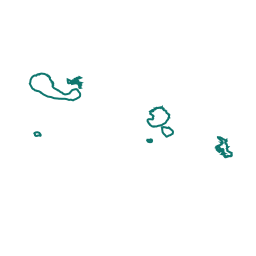 Siau Tagulandang Biaro, Sulawesi Utara, Indonesia (Equal Earth projection), rotated 287°
{"feature_id": "22746128B24839603722983", "entity_name": "Siau Tagulandang Biaro", "entity_type": "district", "adm_level": 2, "iso_a3": "IDN", "parent_name": "Indonesia", "parent_adm1": "Sulawesi Utara", "projection": "equal_earth", "projection_center": [125.379, 2.44], "detail": "fine", "context": "isolated", "style": "outline", "palette": "teal", "viewbox_px": 256, "rotation_deg": 287, "n_neighbors": 0, "source": "geoboundaries", "source_scale": "gbopen_adm2", "svg_char_len": 5923}
<svg xmlns="http://www.w3.org/2000/svg" viewBox="0 0 256 256"><g transform="rotate(287 128 128)"><path d="M147.9,21.2L145.6,20.8L142.4,21.3L141.7,21.1L138.0,24.8L137.5,25.9L137.5,26.6L136.8,28.1L137.0,29.8L136.8,30.1L137.1,31.8L136.8,33.5L136.6,33.7L136.6,34.3L136.1,34.8L136.2,35.1L135.4,37.2L134.6,42.1L135.1,45.4L134.9,48.7L135.7,52.5L135.8,53.4L137.5,59.3L137.7,61.1L137.6,63.4L138.4,65.1L138.4,67.4L139.4,68.3L140.7,70.0L141.9,71.0L143.0,72.2L144.5,72.8L145.9,72.5L146.7,72.2L147.5,71.5L148.6,69.7L149.5,69.0L149.7,68.0L150.1,67.6L149.7,66.3L148.0,63.6L144.9,62.2L144.0,62.0L142.7,60.1L141.7,58.0L141.7,57.0L141.9,55.5L142.5,54.9L142.6,53.1L143.7,50.3L143.5,50.0L143.5,49.6L143.8,49.2L144.5,45.6L145.4,44.0L145.8,43.7L146.4,43.8L146.8,43.5L147.3,43.9L147.9,43.3L148.3,43.4L148.4,42.8L148.8,42.9L149.0,43.3L149.2,43.2L149.3,42.8L149.5,42.8L150.0,42.4L150.0,41.9L149.8,41.8L149.8,41.3L150.8,40.9L151.6,39.3L152.3,39.0L152.8,38.5L153.4,38.6L153.8,37.5L154.3,37.5L154.8,36.3L154.3,35.8L155.1,34.9L154.9,34.7L155.3,32.4L154.7,29.2L153.5,27.1L153.3,27.6L153.0,27.3L153.0,26.4L152.3,25.4L151.4,25.1L151.1,24.8L151.2,23.8L150.3,22.6L149.5,22.1L149.3,21.8L147.9,21.2ZM144.6,149.3L143.5,149.1L143.3,148.8L143.1,147.3L142.4,145.1L141.7,144.5L141.3,144.4L140.0,144.9L139.6,145.6L139.1,145.8L138.8,146.5L138.3,146.7L138.1,147.6L137.4,148.1L136.6,150.8L136.8,152.4L137.2,153.1L137.3,153.0L137.8,154.8L139.1,156.5L139.4,157.3L140.1,158.3L140.4,159.3L141.8,160.3L143.5,162.1L144.2,162.5L146.4,163.0L148.0,163.8L149.6,163.7L150.0,164.4L150.4,164.1L152.0,163.4L152.1,163.7L152.6,163.7L152.8,163.3L152.7,162.8L152.9,162.5L153.1,162.6L153.3,161.8L153.6,161.5L153.6,160.6L154.2,160.0L155.2,159.7L155.2,159.3L155.6,158.8L155.5,157.2L155.9,156.6L156.3,156.4L156.8,156.5L157.0,156.3L157.1,156.0L156.7,155.6L156.6,155.4L157.0,154.6L157.6,154.4L157.4,154.3L157.6,153.8L157.4,153.3L157.0,152.8L156.6,152.8L156.7,152.0L156.5,151.6L156.2,151.5L155.8,150.6L155.8,149.6L155.2,148.9L154.9,148.9L154.7,148.4L154.6,148.6L154.4,148.3L154.0,148.7L153.5,148.3L153.5,147.6L152.8,147.3L152.6,146.8L152.4,147.1L151.5,147.2L151.1,146.7L151.3,146.3L151.2,146.1L151.4,146.1L151.3,145.3L150.4,144.5L150.3,144.8L150.0,144.6L149.8,145.1L149.2,145.2L148.8,145.0L148.6,145.4L148.1,145.3L148.0,145.6L147.9,145.6L147.3,148.2L147.0,148.8L146.7,149.0L145.6,148.5L144.6,149.3ZM145.0,222.6L145.7,220.7L145.8,219.6L146.0,219.0L145.5,216.7L145.2,216.8L144.6,217.6L144.1,219.0L143.6,219.8L143.6,220.3L143.3,221.2L142.8,221.7L142.4,222.3L142.1,222.2L141.7,222.5L141.5,221.9L141.3,222.9L141.0,222.7L140.9,222.2L140.7,222.3L140.1,221.8L139.6,222.2L139.1,221.3L138.7,221.3L138.3,220.9L138.2,220.5L137.7,220.5L137.8,220.0L137.4,219.4L137.1,219.7L137.2,220.2L136.8,220.1L136.3,220.2L136.3,220.6L136.5,220.8L136.2,221.1L135.8,220.0L135.5,219.4L135.7,218.2L135.1,218.2L134.8,218.0L134.7,218.5L134.4,218.8L133.4,219.1L133.3,221.1L133.7,220.9L133.5,221.4L133.6,222.5L134.7,222.1L134.9,222.6L135.2,222.6L134.9,223.8L135.6,224.7L135.6,225.1L135.0,225.7L134.6,225.3L134.4,224.7L134.1,224.4L133.8,224.5L133.7,224.0L133.4,223.9L133.1,225.1L133.1,225.5L133.5,225.6L133.3,226.3L132.9,226.6L132.6,225.9L132.3,226.1L132.0,227.7L131.6,226.8L131.6,226.5L131.4,226.4L131.1,226.8L130.8,227.0L131.2,227.9L130.5,228.2L130.3,228.1L130.0,228.2L130.0,228.7L129.8,228.9L129.8,229.6L129.6,229.9L129.8,231.2L129.7,231.7L130.1,232.0L130.6,231.8L130.7,232.5L130.5,232.9L130.8,233.2L131.0,234.6L131.7,235.2L131.9,235.2L131.9,234.7L132.1,234.5L133.0,234.9L133.6,234.5L134.3,234.5L134.5,234.4L134.5,233.3L134.7,232.6L134.5,232.4L134.5,232.1L134.9,231.4L135.1,229.8L135.7,229.6L135.9,229.3L136.3,229.4L137.2,228.4L138.9,229.2L138.7,228.6L139.0,228.0L140.4,227.7L141.0,227.1L141.3,227.1L141.6,225.8L142.4,225.6L142.9,225.1L143.1,225.1L144.1,226.2L144.7,226.1L144.9,225.9L145.0,225.7L145.3,225.6L144.7,225.2L144.6,224.7L145.1,223.7L145.0,222.6ZM139.3,161.7L138.5,160.4L138.2,160.8L137.6,161.0L137.3,160.8L134.0,162.4L132.9,163.8L132.1,165.5L131.0,167.2L131.0,167.6L133.0,169.6L133.5,170.6L134.6,171.4L135.6,172.4L137.4,172.2L138.5,171.3L138.9,170.1L139.5,168.9L139.7,167.9L140.1,167.8L140.3,167.4L140.4,166.6L139.7,166.1L139.4,164.7L139.6,164.4L139.3,161.7ZM157.2,62.3L157.4,61.2L156.8,60.7L156.5,60.6L155.3,62.5L154.7,61.5L153.8,61.7L154.8,63.6L155.3,64.0L155.3,64.5L156.0,65.0L156.2,65.8L155.6,66.0L155.6,66.9L155.8,67.7L154.5,68.4L153.7,69.2L152.7,69.4L152.3,69.7L152.2,70.4L152.5,70.9L152.8,70.1L154.0,70.0L154.2,70.3L154.6,70.0L155.3,70.5L155.6,69.6L156.0,70.1L156.7,69.3L157.5,70.1L157.5,69.3L157.1,68.7L157.0,67.9L158.4,66.8L159.3,65.5L157.7,66.1L157.1,65.3L157.2,64.0L156.7,63.4L157.2,62.8L157.2,62.3ZM96.3,46.1L97.4,44.6L97.5,42.9L97.0,41.4L96.0,40.2L95.5,40.0L94.5,41.0L93.8,41.3L93.5,42.3L93.9,43.4L94.7,44.4L95.0,46.5L95.7,46.6L96.3,46.1ZM123.4,153.3L123.0,153.0L122.8,152.6L122.9,151.4L122.4,150.9L122.4,150.0L121.8,149.9L121.0,150.8L120.7,151.4L120.8,152.9L121.2,154.1L121.7,154.7L122.7,154.8L123.6,154.3L123.8,154.0L123.7,153.2L123.4,153.3ZM154.1,59.7L155.5,59.7L156.4,58.9L156.8,56.1L155.8,56.4L153.6,57.5L153.4,58.2L154.1,59.7ZM133.2,221.9L132.9,220.8L132.6,220.4L132.5,220.6L132.5,221.2L132.1,221.4L131.8,222.5L132.5,222.9L133.1,222.7L133.2,221.9ZM161.4,65.2L160.8,65.5L161.2,66.7L161.5,67.1L161.9,67.4L161.8,67.6L162.2,68.1L162.5,66.5L162.2,66.5L162.1,66.8L161.8,66.2L161.6,66.3L161.6,65.5L161.4,65.2ZM131.7,225.8L131.8,225.0L131.7,225.3L131.3,225.2L131.1,225.6L131.0,225.2L130.9,225.2L130.8,225.8L131.0,225.7L131.1,226.0L130.9,226.2L131.0,226.5L131.7,225.8ZM136.5,219.7L136.9,219.0L136.3,218.3L136.1,218.8L136.4,219.0L136.6,219.4L136.4,219.3L136.0,219.5L136.4,219.5L136.5,219.7ZM129.0,230.6L128.9,229.5L128.7,229.1L128.5,229.4L128.6,230.1L129.0,230.6ZM130.7,226.9L130.4,226.4L130.4,226.7L130.4,227.3L130.7,226.9ZM159.5,64.4L159.1,64.1L159.2,64.4L159.6,64.7L159.8,64.4L159.5,64.4ZM159.5,63.3L159.7,63.1L159.3,62.5L159.1,62.5L159.5,63.3Z" fill="none" stroke="#0f766e" stroke-width="2"/></g></svg>